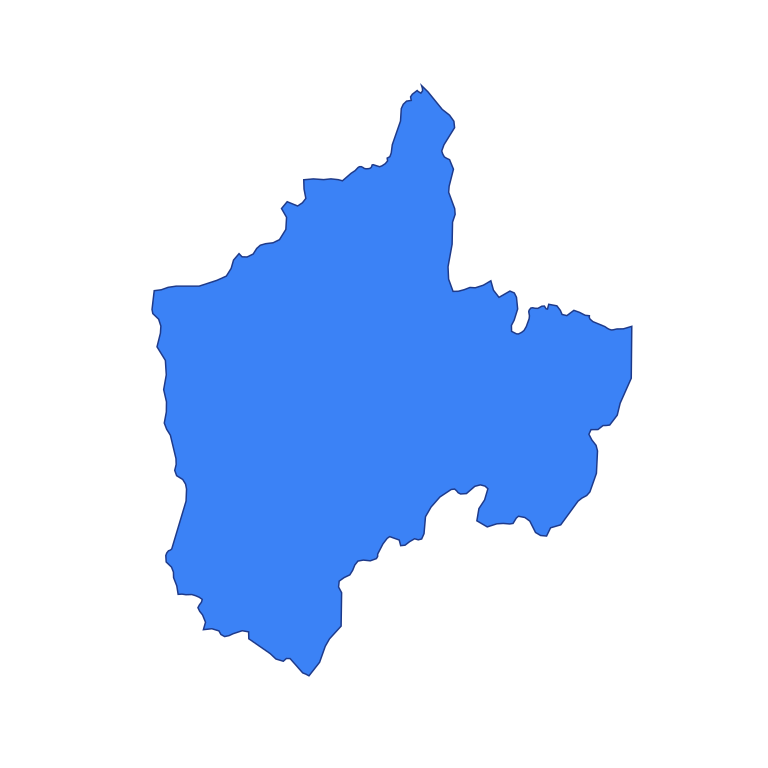 an SVG outline of Masovian, rotated 280°
{"feature_id": "POL-3148", "entity_name": "Masovian", "entity_type": "Voivodeship", "adm_level": 1, "iso_a3": "POL", "parent_name": "Poland", "parent_adm1": "", "projection": "equal_earth", "projection_center": [21.23, 52.228], "detail": "fine", "context": "isolated", "style": "filled", "palette": "blue", "viewbox_px": 768, "rotation_deg": 280, "n_neighbors": 0, "source": "natural_earth", "source_scale": "10m", "svg_char_len": 3510}
<svg xmlns="http://www.w3.org/2000/svg" viewBox="0 0 768 768"><g transform="rotate(280 384 384)"><path d="M436.0,141.5L438.1,148.3L441.7,154.6L444.3,162.4L448.3,185.0L457.1,201.5L462.9,210.0L471.3,213.4L479.9,214.3L487.2,218.6L484.6,222.1L485.3,227.1L489.3,232.6L495.4,235.1L499.2,238.1L501.6,243.0L503.8,250.2L508.0,256.0L519.2,260.5L531.2,259.1L539.0,252.6L546.7,257.0L544.3,268.0L548.3,272.2L553.2,274.8L562.1,271.4L571.2,269.5L573.7,278.8L574.8,289.1L576.8,296.1L577.3,303.5L576.9,307.8L585.8,315.0L589.1,318.5L592.6,320.8L593.7,322.0L594.1,323.9L593.6,325.6L592.9,327.1L592.8,328.9L593.4,331.4L594.2,333.1L595.5,334.0L597.7,334.3L598.1,335.3L597.2,341.9L598.4,344.0L601.1,346.9L604.3,348.8L607.0,347.9L608.9,350.3L612.8,351.0L621.1,350.6L645.8,354.6L658.2,353.2L662.8,354.4L666.5,357.1L668.0,361.6L671.4,360.3L674.3,361.6L678.8,365.7L678.0,366.8L677.2,368.9L676.8,369.8L679.4,371.1L682.0,370.4L684.4,369.2L679.4,376.5L664.5,393.7L660.1,401.9L654.9,407.2L648.7,409.0L630.0,401.5L623.5,400.4L620.7,401.9L618.1,404.0L617.1,406.6L616.3,409.6L607.6,415.1L590.1,413.8L584.0,414.4L568.9,423.2L563.4,424.6L555.3,423.4L533.5,426.8L510.5,426.7L498.5,429.4L487.2,435.9L488.2,441.0L490.8,446.6L494.0,451.9L494.6,457.2L498.5,464.6L504.2,471.3L495.4,475.5L489.3,482.2L497.4,491.9L496.3,496.5L492.4,499.4L481.1,502.6L469.5,501.1L463.8,499.3L458.0,500.5L456.4,505.7L456.6,507.7L458.6,510.4L461.0,512.6L465.4,514.2L473.6,515.6L476.4,515.4L480.3,514.0L481.9,514.1L484.3,515.4L484.9,517.2L484.8,519.5L485.2,522.4L488.0,525.9L488.6,528.4L486.2,530.6L486.2,532.0L491.1,532.4L491.0,540.7L487.1,544.9L483.4,547.3L483.1,552.2L489.5,558.2L488.5,564.1L486.6,570.2L486.9,574.4L485.2,574.6L483.7,575.6L481.7,578.9L478.9,591.5L477.6,594.4L477.0,596.2L476.7,598.5L477.1,600.1L478.6,603.7L479.9,610.2L483.8,618.0L432.6,626.5L406.1,619.9L393.8,619.1L382.8,613.4L381.8,610.3L381.1,606.9L376.3,602.6L375.0,595.8L370.1,594.5L365.1,598.3L360.4,603.5L355.1,605.9L332.9,608.7L313.5,605.5L309.4,603.0L306.0,598.7L302.3,595.4L276.0,582.5L271.3,573.0L262.5,570.5L262.0,564.5L264.1,559.0L274.3,551.4L277.0,545.9L277.1,539.4L275.0,537.6L269.1,535.3L268.0,532.1L267.4,525.6L265.9,519.4L261.2,510.5L265.4,499.2L277.8,499.1L287.3,503.2L298.9,504.5L301.0,501.2L301.4,496.4L299.0,491.2L290.4,484.2L289.0,478.5L289.8,475.9L291.4,474.1L292.8,471.8L291.8,468.5L282.5,458.7L271.0,451.7L260.5,447.9L243.6,449.4L237.9,448.0L236.5,444.8L236.9,441.0L233.2,436.6L228.9,432.7L227.7,428.5L233.0,426.1L234.7,416.1L232.5,413.9L226.3,410.7L215.4,407.3L213.0,407.7L210.7,406.8L207.5,401.2L207.0,394.2L205.1,389.1L200.7,386.7L195.1,385.5L190.1,383.5L186.4,378.3L182.1,374.1L176.2,374.5L171.1,378.5L138.1,383.8L123.6,374.6L115.5,371.7L98.8,368.9L83.6,360.8L84.7,357.4L85.4,354.1L97.3,339.2L96.7,335.5L93.5,333.0L94.4,325.3L98.7,318.8L109.6,295.1L116.4,293.7L116.4,287.2L111.9,278.8L109.3,275.1L107.6,270.9L109.0,266.9L112.2,264.3L113.1,257.0L110.7,248.8L118.4,249.6L125.1,245.4L128.1,242.0L131.4,239.6L134.5,240.6L137.4,242.1L140.3,242.4L141.9,239.0L142.8,235.2L143.3,231.3L142.1,225.5L142.0,221.6L141.1,217.8L149.2,215.0L156.8,210.4L162.2,209.3L166.8,206.5L170.9,200.4L177.2,198.9L179.9,199.4L182.3,200.7L183.3,202.4L184.7,203.6L234.3,209.4L246.2,207.8L250.9,206.0L255.0,202.4L257.7,195.7L262.6,192.9L268.7,193.3L274.4,192.1L296.5,182.5L301.7,177.8L307.4,174.4L318.7,174.5L328.6,172.9L340.2,168.0L355.2,168.0L369.3,164.6L381.2,154.0L395.2,155.0L402.3,154.2L408.7,150.8L413.2,144.1L417.1,142.6L436.0,141.5Z" fill="#3b82f6" stroke="#1e3a8a" stroke-width="1.5"/></g></svg>